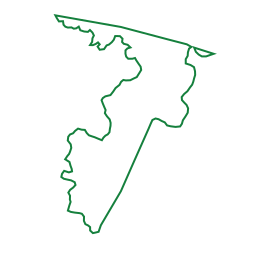 the district of Gongogi, Bahia, Brazil, rotated 94°
{"feature_id": "56859067B50275447088656", "entity_name": "Gongogi", "entity_type": "district", "adm_level": 2, "iso_a3": "BRA", "parent_name": "Brazil", "parent_adm1": "Bahia", "projection": "albers", "projection_center": [-39.593, -14.278], "detail": "fine", "context": "isolated", "style": "outline", "palette": "green", "viewbox_px": 256, "rotation_deg": 94, "n_neighbors": 0, "source": "geoboundaries", "source_scale": "gbopen_adm2", "svg_char_len": 2216}
<svg xmlns="http://www.w3.org/2000/svg" viewBox="0 0 256 256"><g transform="rotate(94 128 128)"><path d="M233.6,150.1L226.9,148.3L195.4,132.6L191.6,130.7L161.3,119.8L127.5,107.5L122.0,105.6L118.3,104.2L116.6,101.2L117.1,98.1L118.7,94.8L119.8,91.7L122.7,89.2L123.3,85.7L123.6,80.7L122.8,76.1L120.0,74.5L116.5,73.8L112.5,71.5L108.6,69.5L104.2,69.4L100.9,71.2L98.8,73.6L96.4,76.1L93.4,76.6L90.2,74.4L87.2,71.3L83.1,68.9L80.3,67.0L77.2,66.1L73.8,65.5L70.4,64.7L66.7,65.1L62.7,66.4L60.8,70.0L59.6,74.9L55.3,75.2L51.9,73.5L48.3,73.5L44.5,72.6L42.7,70.4L40.4,75.2L36.7,95.1L27.7,142.2L20.7,208.3L23.3,206.7L26.5,204.3L26.0,200.3L29.5,199.5L31.3,197.6L32.0,195.1L31.6,191.4L32.7,189.0L32.2,186.6L30.3,184.2L33.8,182.4L34.8,178.5L34.9,174.7L32.9,172.8L35.3,170.1L38.1,168.5L41.0,169.7L44.7,169.8L47.9,171.6L47.8,168.8L46.4,166.0L44.7,163.9L46.5,162.1L48.9,164.0L51.9,161.7L51.0,157.4L47.1,155.1L46.1,152.8L43.5,150.1L40.9,148.3L37.2,147.2L36.9,142.5L39.3,139.7L42.6,139.9L44.3,138.1L45.0,134.2L47.5,131.2L48.6,134.1L50.7,135.9L54.1,135.7L56.9,134.8L58.9,132.6L58.6,128.5L57.7,125.9L59.9,124.5L63.1,122.0L65.9,119.7L69.2,118.9L71.9,120.3L76.6,122.8L78.3,125.9L80.2,129.1L80.7,133.5L80.4,136.0L82.4,138.1L85.6,139.5L89.0,143.2L92.7,145.3L96.4,147.8L98.0,152.8L99.9,155.2L102.1,156.3L105.4,154.8L109.2,152.9L111.6,151.6L114.8,152.1L117.8,149.8L120.7,146.9L124.1,145.7L127.1,145.6L130.0,146.0L133.5,146.2L135.8,147.8L137.2,150.0L139.3,151.8L142.0,153.2L140.9,156.6L139.5,160.7L138.9,163.2L138.0,166.5L135.9,168.8L132.9,170.9L132.9,174.2L132.1,177.8L134.6,180.6L137.1,182.4L138.5,185.4L140.9,187.0L144.7,187.2L148.3,184.0L151.8,183.2L155.8,184.2L158.1,185.0L160.1,186.5L163.6,188.5L166.0,184.0L169.7,182.7L172.8,181.3L175.2,180.8L176.4,183.9L175.2,188.7L178.3,190.6L181.5,191.1L183.1,188.5L183.7,184.8L184.2,181.1L185.8,177.4L188.5,176.4L191.2,178.5L193.7,181.4L196.6,183.0L199.6,181.1L203.4,181.0L205.7,180.1L209.4,181.1L214.6,182.2L215.7,179.1L216.1,175.1L216.3,170.4L216.8,168.0L219.5,165.7L223.7,165.5L226.9,163.8L228.0,161.0L229.5,158.9L232.9,158.6L235.3,155.7L234.6,153.2L233.6,150.1ZM48.0,47.7L43.2,67.6L47.3,65.6L49.8,62.6L51.4,59.4L51.1,55.0L49.5,51.3L48.0,47.7Z" fill="none" stroke="#15803d" stroke-width="2"/></g></svg>